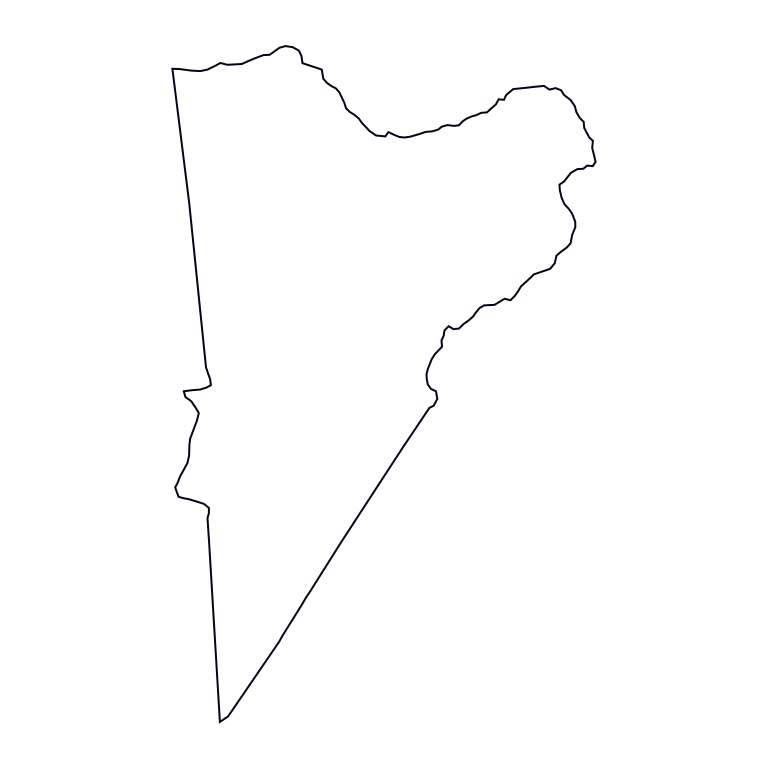 the district of Capanema, Pará, Brazil
{"feature_id": "56859067B17880522908499", "entity_name": "Capanema", "entity_type": "district", "adm_level": 2, "iso_a3": "BRA", "parent_name": "Brazil", "parent_adm1": "Pará", "projection": "albers", "projection_center": [-47.084, -1.188], "detail": "fine", "context": "isolated", "style": "outline", "palette": "ink", "viewbox_px": 768, "rotation_deg": 0, "n_neighbors": 0, "source": "geoboundaries", "source_scale": "gbopen_adm2", "svg_char_len": 2226}
<svg xmlns="http://www.w3.org/2000/svg" viewBox="0 0 768 768"><path d="M219.9,721.9L228.1,716.4L278.9,642.1L282.8,635.2L301.8,604.8L306.2,597.2L309.9,591.8L340.7,542.9L373.1,493.1L402.6,447.8L429.4,407.9L433.7,405.7L437.3,398.9L436.0,391.3L431.0,388.9L427.9,384.7L426.8,379.4L426.5,374.3L427.7,369.4L431.6,359.4L434.7,354.4L442.0,346.7L441.5,340.4L443.7,335.7L444.5,330.4L448.7,326.2L453.4,329.1L458.9,328.6L463.5,324.1L468.9,320.2L473.1,316.5L476.1,312.2L479.5,308.1L484.0,305.4L489.0,305.1L494.4,304.9L504.5,298.8L510.5,300.2L515.0,295.7L518.1,291.2L521.0,286.4L530.2,278.0L534.0,274.3L550.2,268.8L554.8,263.2L556.4,255.7L560.3,252.3L566.9,247.4L570.6,243.3L572.2,234.8L575.3,227.2L575.3,221.9L572.1,213.6L568.5,208.5L564.5,204.3L561.6,197.7L559.8,190.1L559.5,184.6L564.2,181.4L567.2,177.5L570.9,172.8L577.4,169.1L583.2,168.8L587.2,165.6L592.7,166.1L595.6,161.9L594.1,155.5L592.2,147.9L592.9,140.9L589.3,137.5L586.9,133.0L584.2,127.9L583.7,121.9L579.8,118.0L576.4,112.1L574.8,106.1L570.6,100.0L564.2,95.1L561.1,90.3L555.6,88.1L549.5,89.6L544.0,85.9L533.9,86.9L527.7,87.6L513.2,89.1L506.1,95.1L504.0,99.8L498.7,99.3L495.8,104.5L490.8,108.8L486.9,112.4L481.3,112.8L476.4,115.1L471.8,116.4L466.8,118.5L462.8,121.2L458.9,125.3L453.9,125.9L447.4,125.1L442.0,126.6L438.1,129.6L432.1,131.4L425.5,131.9L420.2,133.8L410.2,136.7L404.7,137.5L399.4,137.0L394.1,134.8L388.4,132.1L385.3,136.4L376.0,135.5L369.4,130.9L365.8,126.9L362.1,123.2L358.8,118.5L354.1,114.6L349.7,111.9L346.0,108.2L344.4,103.0L339.4,92.4L335.9,88.4L331.5,86.1L327.3,83.2L323.3,78.8L321.8,69.6L316.2,67.7L302.5,63.2L301.5,56.1L298.9,50.6L292.5,47.1L285.4,46.1L279.6,47.7L269.6,54.8L263.5,55.1L254.6,58.4L248.0,61.2L241.8,64.0L227.5,64.8L220.4,63.0L214.6,66.1L207.5,69.6L200.3,71.1L191.2,70.6L179.1,69.0L172.4,68.8L189.3,203.9L206.0,367.3L208.2,373.8L210.1,379.1L210.9,385.1L206.5,387.6L199.9,389.6L191.9,390.2L183.8,391.3L185.4,397.0L191.2,401.2L195.9,408.1L198.8,413.1L196.8,421.0L194.3,427.6L190.1,438.9L189.4,445.2L189.1,455.5L187.5,462.9L179.9,476.8L177.6,482.9L175.2,487.4L176.8,492.1L178.6,496.8L183.5,498.2L188.9,499.2L199.4,502.4L204.0,503.9L208.9,507.9L208.9,513.1L207.5,518.1L209.2,543.9L219.9,721.9Z" fill="none" stroke="#020617" stroke-width="2"/></svg>